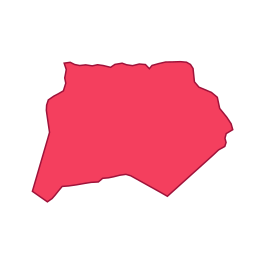 outline of Amparo, Paraíba, Brazil, rotated 82°
{"feature_id": "56859067B25087670535038", "entity_name": "Amparo", "entity_type": "district", "adm_level": 2, "iso_a3": "BRA", "parent_name": "Brazil", "parent_adm1": "Paraíba", "projection": "equal_earth", "projection_center": [-37.05, -7.562], "detail": "fine", "context": "isolated", "style": "filled", "palette": "rose", "viewbox_px": 256, "rotation_deg": 82, "n_neighbors": 0, "source": "geoboundaries", "source_scale": "gbopen_adm2", "svg_char_len": 961}
<svg xmlns="http://www.w3.org/2000/svg" viewBox="0 0 256 256"><g transform="rotate(82 128 128)"><path d="M84.4,192.2L86.1,197.0L89.1,203.0L94.0,205.4L99.1,206.4L105.9,206.4L121.4,206.3L127.3,208.9L177.4,231.5L189.9,218.1L187.3,213.0L184.2,209.4L180.4,205.4L176.7,201.3L177.1,194.9L177.1,187.1L176.8,178.2L176.7,172.0L177.3,164.9L174.3,160.1L174.6,154.2L174.3,149.2L173.6,142.5L173.6,136.5L175.7,131.9L196.5,104.4L201.1,98.5L166.3,47.0L162.3,41.4L159.7,34.7L156.0,32.9L151.6,33.4L147.2,31.5L144.2,24.5L138.2,25.3L131.2,28.6L121.4,34.5L110.0,35.3L104.4,40.4L97.4,52.1L91.5,55.8L78.1,55.3L73.8,57.3L71.0,60.9L69.6,66.8L68.8,74.4L67.9,81.6L68.5,88.7L69.4,95.5L72.2,98.6L67.6,101.9L66.2,107.9L66.9,114.8L65.2,120.6L63.0,124.8L63.2,132.1L65.5,136.8L62.7,143.8L61.1,149.4L61.5,154.7L59.6,161.1L59.4,167.2L57.7,172.0L54.9,176.1L54.9,182.2L61.5,181.0L66.1,182.5L69.6,183.7L75.0,183.4L82.2,186.8L84.4,192.2Z" fill="#f43f5e" stroke="#9f1239" stroke-width="1.5"/></g></svg>